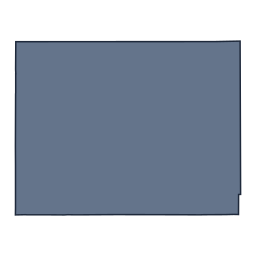 Kimball, Nebraska, United States of America
{"feature_id": "52423323B77257907363499", "entity_name": "Kimball", "entity_type": "district", "adm_level": 2, "iso_a3": "USA", "parent_name": "United States of America", "parent_adm1": "Nebraska", "projection": "mercator", "projection_center": [-103.821, 41.198], "detail": "fine", "context": "isolated", "style": "filled", "palette": "slate", "viewbox_px": 256, "rotation_deg": 0, "n_neighbors": 0, "source": "geoboundaries", "source_scale": "gbopen_adm2", "svg_char_len": 563}
<svg xmlns="http://www.w3.org/2000/svg" viewBox="0 0 256 256"><path d="M240.1,41.1L215.1,41.6L15.8,41.7L15.6,69.5L15.8,73.7L15.7,73.7L15.7,75.9L15.7,92.7L15.7,92.8L15.6,94.0L15.4,146.1L15.5,165.0L15.5,169.2L15.5,175.7L15.5,175.9L15.5,207.6L15.5,208.1L15.4,214.9L20.1,214.8L25.4,214.7L27.1,214.8L42.3,214.8L42.7,214.8L48.6,214.8L64.3,214.9L67.7,214.7L73.7,214.8L80.2,214.8L116.1,214.6L174.6,214.7L174.9,214.7L200.3,214.8L203.8,214.7L225.4,214.6L233.7,214.4L238.5,214.5L238.6,194.5L240.6,194.4L240.1,41.1Z" fill="#64748b" stroke="#1e293b" stroke-width="1.5"/></svg>